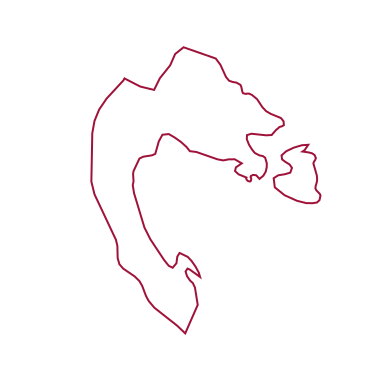 the border of Zamboanga Sibugay, rotated 295°
{"feature_id": "PHL-2521", "entity_name": "Zamboanga Sibugay", "entity_type": "Province", "adm_level": 1, "iso_a3": "PHL", "parent_name": "Philippines", "parent_adm1": "", "projection": "natural_earth1", "projection_center": [122.777, 7.618], "detail": "fine", "context": "isolated", "style": "outline", "palette": "rose", "viewbox_px": 384, "rotation_deg": 295, "n_neighbors": 0, "source": "natural_earth", "source_scale": "10m", "svg_char_len": 2140}
<svg xmlns="http://www.w3.org/2000/svg" viewBox="0 0 384 384"><g transform="rotate(295 192 192)"><path d="M323.0,157.1L319.3,164.0L310.6,174.2L308.5,178.6L308.9,182.3L309.9,186.0L309.6,190.5L308.3,192.1L304.1,195.3L303.1,196.5L303.6,199.2L304.6,200.6L305.3,202.3L305.3,205.4L303.6,211.8L298.7,219.8L296.6,225.0L296.1,230.4L296.6,241.4L294.8,245.1L291.4,247.0L289.6,245.8L287.9,243.8L284.9,242.6L284.5,242.2L277.3,240.1L274.7,235.2L269.9,221.2L266.8,217.8L263.1,219.3L259.0,223.6L255.7,228.7L253.9,232.5L253.7,237.7L254.5,241.0L254.0,243.8L249.7,247.6L246.2,249.2L241.7,250.2L237.0,249.8L232.4,247.6L234.3,243.1L233.3,240.1L231.3,238.6L230.2,238.8L229.6,239.7L228.3,240.4L226.9,240.6L226.0,240.1L225.6,238.0L226.3,236.2L227.5,235.1L228.1,235.2L227.7,226.8L229.2,222.1L232.9,221.4L239.0,225.0L239.7,216.9L237.2,211.6L233.9,207.1L232.4,201.4L230.1,179.0L228.1,172.8L230.5,168.0L232.7,160.8L234.1,153.0L234.7,146.5L231.4,141.0L223.9,140.5L211.0,142.6L208.3,140.2L203.4,132.9L200.1,130.2L186.1,130.2L183.4,131.0L177.0,134.5L173.2,135.4L166.4,140.0L139.7,163.9L131.5,174.3L118.5,195.6L115.3,202.1L115.2,206.5L120.9,208.0L127.2,206.0L131.5,206.5L131.4,215.5L129.4,220.6L125.9,226.7L121.8,232.2L118.4,235.2L120.8,222.6L120.7,220.3L117.2,219.8L113.6,223.1L110.9,227.7L109.8,231.3L106.6,235.1L92.1,244.9L61.0,245.6L64.6,234.9L71.2,206.8L75.0,198.7L78.3,194.3L85.9,186.5L89.1,181.9L91.3,175.6L93.5,162.0L95.8,156.8L100.6,152.6L111.7,147.1L116.5,143.3L148.7,104.6L155.3,99.3L158.9,96.4L203.1,76.8L215.2,73.6L227.5,73.0L240.5,75.1L264.2,82.7L266.4,82.8L265.7,100.5L268.5,114.5L281.6,114.8L297.7,118.7L309.9,118.4L319.6,123.2L323.0,157.1ZM283.9,277.4L277.6,276.4L275.4,275.1L277.2,281.1L277.8,284.7L277.3,287.5L275.1,289.9L272.9,290.1L270.9,289.7L269.1,290.0L259.8,298.1L256.1,300.2L253.4,301.0L249.4,301.6L247.3,302.4L246.0,304.1L244.3,308.6L243.2,309.9L238.5,311.0L235.3,309.7L232.8,306.0L230.2,300.2L228.4,290.9L228.2,277.3L231.2,265.1L239.0,260.2L243.6,263.1L247.3,268.6L251.1,272.9L256.1,272.4L258.2,268.8L258.7,264.2L259.6,259.9L263.0,257.7L268.8,260.2L275.2,265.5L280.8,271.8L283.9,277.4Z" fill="none" stroke="#9f1239" stroke-width="2"/></g></svg>